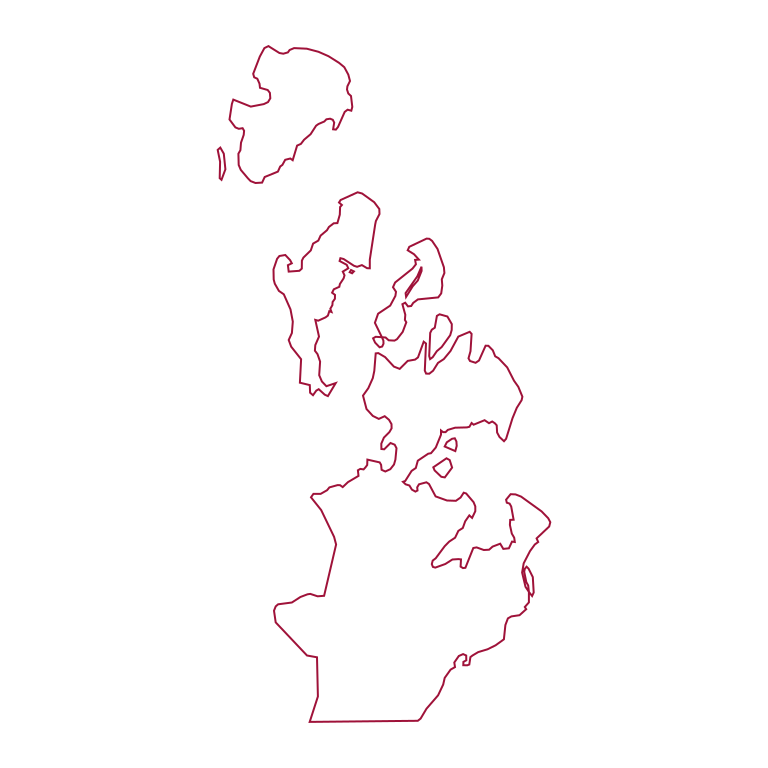 outline of Cururupu, Brazil
{"feature_id": "56859067B43503002903700", "entity_name": "Cururupu", "entity_type": "district", "adm_level": 2, "iso_a3": "BRA", "parent_name": "Brazil", "parent_adm1": "", "projection": "equal_earth", "projection_center": [-44.811, -1.604], "detail": "fine", "context": "isolated", "style": "outline", "palette": "rose", "viewbox_px": 768, "rotation_deg": 0, "n_neighbors": 0, "source": "geoboundaries", "source_scale": "gbopen_adm2", "svg_char_len": 6109}
<svg xmlns="http://www.w3.org/2000/svg" viewBox="0 0 768 768"><path d="M528.9,591.9L525.5,586.8L522.1,572.5L523.7,563.3L530.0,551.1L534.8,544.5L538.2,542.0L536.6,538.4L549.2,526.5L550.3,522.2L548.2,518.2L541.6,511.4L521.1,496.6L515.5,494.4L510.6,494.2L506.1,499.7L506.8,502.7L509.6,503.6L511.2,506.5L513.6,519.7L510.2,519.9L509.9,524.9L511.8,533.6L514.2,537.7L514.8,542.0L512.0,541.6L508.9,548.3L503.3,548.9L500.2,543.7L492.6,546.6L489.1,549.7L483.8,550.0L476.6,547.4L473.3,548.0L465.4,567.8L463.0,568.1L460.6,566.6L461.0,559.4L458.5,559.1L452.4,559.5L445.3,564.0L435.3,567.6L432.9,566.9L431.8,564.1L432.7,560.6L435.7,558.3L444.7,546.2L449.2,541.6L455.1,537.7L458.4,530.8L462.8,528.0L465.2,521.3L469.3,515.4L472.1,517.9L475.3,511.2L475.3,506.4L473.6,502.2L466.2,493.5L463.7,492.7L460.6,497.5L455.9,500.8L447.0,500.5L435.6,496.4L429.0,484.0L426.4,482.3L419.0,484.3L417.2,487.3L417.5,490.5L415.4,491.6L411.9,489.6L409.4,485.5L405.6,484.3L403.0,481.8L405.2,481.0L411.6,470.9L415.8,468.0L417.8,460.7L428.2,453.7L431.0,453.2L435.8,447.5L441.0,434.7L441.0,430.5L443.0,432.1L445.6,432.1L447.8,429.9L455.1,427.7L466.9,427.4L469.4,426.8L471.6,423.0L473.6,424.7L484.6,420.2L489.0,423.2L492.2,421.5L494.8,423.2L496.7,425.3L497.1,432.5L499.5,437.0L504.0,441.2L506.1,438.8L512.5,418.2L516.8,407.8L521.6,400.2L522.4,396.7L518.3,386.8L514.0,380.7L507.2,367.4L498.5,358.2L495.2,356.3L492.8,350.3L488.4,345.8L485.6,345.7L479.0,360.5L475.6,362.8L470.0,361.0L468.5,358.3L470.5,351.2L471.6,333.9L469.7,331.8L458.3,336.6L450.5,351.0L443.8,359.1L438.0,362.9L433.1,370.7L429.3,373.7L426.1,373.6L424.8,370.6L426.0,343.5L423.7,341.7L418.0,357.4L415.1,359.6L407.7,360.9L399.7,368.9L393.9,366.6L385.1,357.1L378.3,353.1L375.7,353.4L374.3,370.9L372.8,378.1L368.3,388.2L363.0,395.6L366.5,409.0L372.8,415.9L378.8,418.9L384.7,416.2L389.0,419.8L391.5,424.1L391.6,428.3L389.4,432.1L383.9,437.6L381.3,443.7L381.4,449.0L384.2,449.3L390.5,443.0L394.7,444.7L396.5,448.2L395.4,459.6L394.0,464.5L390.3,469.2L385.3,471.5L381.6,469.8L381.1,464.8L379.7,462.4L367.4,459.6L367.2,465.0L365.5,467.3L363.6,469.4L360.3,468.9L357.9,470.3L358.5,475.9L348.0,482.1L342.7,487.1L340.1,485.2L337.6,485.1L329.4,487.4L327.1,490.2L320.6,493.9L313.4,493.9L311.0,497.3L321.2,510.1L334.1,536.9L336.1,544.5L324.1,595.8L317.6,596.3L310.3,593.9L307.5,594.3L300.4,597.0L291.9,602.5L278.1,604.3L275.7,606.4L274.0,610.7L275.7,622.4L307.0,655.5L317.0,657.3L317.9,696.5L309.7,721.9L417.8,720.8L420.6,718.6L426.5,708.7L438.1,695.3L443.2,684.5L444.7,677.9L450.6,669.6L455.0,667.1L454.3,662.5L458.8,656.0L463.1,654.1L466.2,655.5L466.3,660.3L463.4,661.9L463.3,665.2L467.2,665.3L469.3,664.5L470.4,657.1L472.5,655.5L478.2,652.1L487.5,649.3L495.6,645.3L503.9,639.3L505.4,625.0L507.9,618.4L511.4,616.4L519.5,615.2L526.2,609.2L524.8,607.0L528.9,602.4L528.9,591.9ZM279.4,53.0L268.4,46.1L264.4,48.1L259.8,56.6L253.2,73.8L254.2,77.3L257.3,78.7L259.5,83.7L260.0,87.8L267.7,90.0L269.9,92.9L270.3,98.3L268.0,102.1L263.8,104.1L250.8,106.6L233.3,99.6L231.9,103.9L229.5,119.5L235.4,127.4L238.8,128.8L242.6,128.2L244.1,130.8L243.7,134.9L241.0,142.7L240.4,150.2L238.4,153.7L238.7,165.0L240.8,169.9L247.9,178.3L250.6,181.1L255.5,183.0L262.1,182.6L264.7,177.0L277.9,171.6L280.2,166.5L282.4,164.9L285.2,159.8L290.3,158.5L292.7,160.2L297.1,145.6L300.9,143.9L304.1,139.7L310.6,134.2L316.1,125.7L318.5,124.0L324.3,121.5L326.4,119.3L330.1,118.7L332.8,119.8L334.2,122.6L333.1,129.3L335.9,129.6L338.0,127.0L344.7,111.9L347.6,109.7L351.3,110.7L352.3,106.9L351.0,96.0L348.3,93.5L347.0,89.5L347.4,86.3L350.0,81.0L348.3,74.6L344.3,67.2L339.1,62.9L328.5,56.2L318.5,51.8L306.8,48.7L294.1,48.1L289.6,50.0L287.9,52.4L283.3,53.7L279.4,53.0ZM291.2,346.7L301.1,359.2L299.9,382.7L309.8,385.1L310.1,392.7L313.0,395.2L316.3,390.6L318.7,389.2L324.8,394.7L327.9,396.1L335.7,383.1L326.4,386.2L321.9,381.5L319.2,375.2L320.1,361.6L317.5,354.1L314.9,350.7L315.3,345.1L319.0,336.6L315.3,319.9L318.2,320.7L325.5,317.4L327.9,315.6L329.3,311.2L331.5,312.0L330.3,308.8L332.4,305.1L332.6,302.0L334.9,298.8L335.0,294.9L332.1,292.7L333.8,289.3L339.3,286.8L339.9,284.0L343.6,278.4L344.5,275.3L342.8,271.6L348.3,268.3L346.7,264.8L339.6,261.0L340.4,258.2L343.6,259.0L354.0,265.8L357.1,266.8L361.9,265.1L367.1,268.2L369.8,268.3L369.8,259.6L375.2,224.4L375.9,221.0L379.5,214.0L379.3,209.0L374.2,202.2L362.1,193.5L357.6,192.3L340.6,200.0L339.0,202.5L341.9,205.0L340.1,207.0L339.8,214.7L337.4,223.1L333.7,223.3L328.9,227.0L327.0,230.2L320.6,235.6L318.3,240.6L313.1,243.6L310.8,250.4L303.4,257.6L301.9,260.6L301.8,268.6L299.4,270.8L288.7,271.6L287.9,265.2L291.8,263.3L290.1,260.1L285.3,255.0L279.4,256.0L277.1,258.8L273.5,269.4L273.7,279.5L274.8,283.7L278.9,290.9L283.8,294.3L290.5,309.4L292.8,321.6L291.9,333.0L288.7,340.0L291.2,346.7ZM381.9,337.2L385.6,337.5L388.7,340.3L394.5,340.6L397.0,339.2L402.7,331.9L406.3,322.3L404.9,319.9L405.3,314.8L402.4,304.2L405.2,302.7L408.0,306.4L411.2,306.0L413.2,302.9L417.9,299.4L438.2,297.4L441.2,293.4L442.3,285.6L441.8,279.3L444.4,273.0L443.9,267.3L437.5,248.9L432.1,240.9L429.3,238.8L426.6,238.6L409.3,246.8L407.7,250.3L414.0,254.2L418.9,259.6L415.1,259.9L415.9,264.3L412.5,268.6L395.1,282.5L393.0,287.2L396.0,291.8L395.4,295.9L390.2,305.6L378.1,313.7L374.9,322.8L381.9,337.2ZM421.6,270.9L417.8,280.5L412.7,286.3L406.1,296.9L405.6,293.1L417.3,276.4L421.5,266.7L421.6,270.9ZM432.7,357.2L436.8,351.2L441.7,347.0L450.2,335.2L451.7,330.0L451.8,324.1L447.4,316.5L439.6,314.3L436.9,315.9L434.8,327.7L431.8,329.7L430.2,332.9L429.2,356.0L430.1,359.1L432.7,357.2ZM444.8,477.4L452.1,467.6L449.7,460.1L446.5,458.3L433.3,467.3L434.6,470.4L441.3,476.8L444.8,477.4ZM528.9,591.9L532.1,596.0L533.7,592.5L532.8,577.1L528.6,568.7L526.6,566.7L524.8,568.8L524.2,571.7L526.3,582.1L528.2,585.5L528.9,591.9ZM221.5,179.8L225.4,169.3L223.8,153.7L220.3,147.6L217.7,149.9L220.1,161.8L219.7,178.2L221.5,179.8ZM456.7,445.9L456.4,441.5L454.8,438.3L452.0,438.8L446.8,442.3L444.7,446.5L455.3,451.1L456.7,445.9ZM381.9,337.2L375.7,336.8L373.1,338.3L375.1,342.6L379.6,347.3L382.2,346.5L383.5,343.7L383.4,340.6L381.9,337.2ZM353.9,271.4L351.0,270.0L349.7,272.2L352.1,273.3L353.9,271.4Z" fill="none" stroke="#9f1239" stroke-width="2"/></svg>